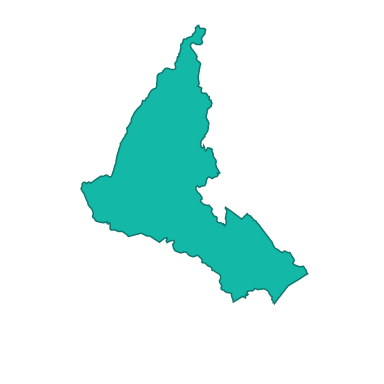 outline of Tonayán, Veracruz, Mexico, rotated 328°
{"feature_id": "50627088B6451508023374", "entity_name": "Tonayán", "entity_type": "district", "adm_level": 2, "iso_a3": "MEX", "parent_name": "Mexico", "parent_adm1": "Veracruz", "projection": "natural_earth1", "projection_center": [-96.914, 19.72], "detail": "fine", "context": "isolated", "style": "filled", "palette": "teal", "viewbox_px": 384, "rotation_deg": 328, "n_neighbors": 0, "source": "geoboundaries", "source_scale": "gbopen_adm2", "svg_char_len": 6032}
<svg xmlns="http://www.w3.org/2000/svg" viewBox="0 0 384 384"><g transform="rotate(328 192 192)"><path d="M203.0,330.2L207.6,328.4L223.8,322.5L236.7,322.7L245.2,322.5L246.8,322.7L246.5,320.8L247.1,319.9L247.3,317.7L247.0,316.0L247.2,314.2L246.4,313.7L245.6,313.4L243.6,312.4L240.6,308.6L240.1,307.5L239.8,305.9L240.1,305.4L241.4,305.0L242.5,304.1L242.8,302.8L242.8,300.2L242.7,298.3L242.9,295.2L241.2,294.1L240.4,293.0L239.7,291.5L238.5,290.9L237.5,291.1L236.3,291.2L234.8,288.2L234.5,286.8L233.2,284.7L232.5,283.1L232.8,279.0L233.3,277.6L231.6,258.5L231.4,255.4L230.7,252.0L231.0,250.9L230.4,249.9L230.0,248.8L229.3,248.2L229.4,246.7L229.3,245.4L229.0,244.9L229.0,243.7L228.4,242.6L227.3,241.5L227.5,240.4L227.4,239.6L219.8,241.4L214.5,227.8L212.3,222.8L211.5,223.8L211.7,224.9L211.6,226.1L211.3,227.1L209.9,228.2L208.7,229.4L208.2,230.5L207.2,231.1L206.2,232.3L206.1,233.4L205.6,234.9L204.6,236.4L203.8,237.1L203.0,237.5L201.5,237.9L201.5,236.9L201.9,236.3L201.7,235.5L200.8,235.5L200.7,234.3L200.0,233.2L198.7,232.6L197.8,231.4L197.7,229.9L198.3,228.8L199.4,227.5L199.7,226.4L199.3,225.6L198.1,224.4L197.9,222.3L197.9,220.0L198.0,218.8L200.1,217.2L200.1,215.9L199.6,214.6L199.5,213.5L199.5,212.2L198.1,211.7L196.8,210.4L195.7,209.1L194.7,207.1L194.5,204.1L195.3,203.2L196.6,203.4L197.4,202.3L197.6,200.4L197.5,198.5L196.6,194.3L196.7,191.9L197.0,191.0L198.8,189.6L199.9,189.5L200.3,191.3L201.3,192.1L202.5,191.8L205.9,193.3L207.1,192.9L208.5,191.9L209.9,190.5L210.9,189.1L212.0,188.8L212.9,188.1L214.7,188.4L215.9,191.0L216.8,191.4L218.1,191.2L219.7,191.3L221.6,192.1L223.3,191.2L223.5,189.5L224.6,190.5L225.6,190.7L225.9,183.9L226.9,180.5L228.1,179.8L229.1,177.8L229.0,175.3L228.9,173.7L229.2,172.0L229.9,171.4L230.4,169.7L230.6,167.4L231.6,166.8L231.4,165.7L230.7,164.6L230.1,164.9L229.8,163.8L228.8,162.9L225.3,164.5L225.6,161.1L226.1,161.0L226.3,158.9L225.2,160.4L223.9,159.9L223.4,159.2L224.1,157.8L224.3,156.6L224.7,155.7L225.6,155.3L225.7,154.3L227.9,153.0L229.4,152.8L230.3,152.0L232.1,152.1L232.4,151.3L232.9,150.7L234.4,150.1L237.8,148.5L239.6,146.4L240.7,144.7L242.6,142.9L243.1,141.0L243.2,138.4L243.4,136.8L245.0,134.1L246.3,133.4L247.6,131.4L249.8,129.8L251.8,129.9L253.8,129.4L254.7,128.3L256.1,127.1L255.7,126.0L256.3,125.5L256.6,124.9L256.7,124.2L255.9,123.2L255.4,122.4L255.4,122.0L256.2,121.8L257.0,120.9L257.1,120.4L257.1,119.9L256.6,119.6L256.3,119.2L256.2,118.6L256.2,117.9L256.4,117.2L256.5,116.5L256.4,116.0L255.7,115.3L254.7,114.9L254.0,114.5L253.7,113.8L253.1,113.4L252.8,112.5L253.3,110.9L255.3,109.1L253.1,105.1L255.3,104.2L257.9,98.0L260.6,94.9L265.6,89.3L267.1,88.1L267.3,86.0L266.6,84.6L266.1,83.0L266.3,81.6L267.0,80.6L268.0,80.0L268.2,77.3L267.9,73.0L267.6,70.9L267.6,69.2L268.1,67.3L268.9,66.2L270.2,65.8L271.4,65.7L272.7,66.2L273.1,67.9L274.2,69.5L275.8,70.3L276.8,71.3L278.6,71.4L280.1,70.9L280.8,68.2L281.7,66.4L286.9,64.6L287.4,63.6L288.7,62.5L289.6,61.5L289.3,60.1L287.4,58.7L285.5,57.5L285.4,56.2L286.0,54.3L284.8,53.8L283.3,54.5L282.1,54.4L280.8,56.8L279.5,57.8L277.7,58.5L276.0,58.6L275.0,60.0L273.6,59.9L270.8,59.0L269.4,58.8L268.2,59.4L267.1,58.8L266.4,58.0L265.3,58.3L264.5,59.3L263.7,59.7L262.8,60.9L261.2,60.7L259.8,62.1L259.0,64.1L257.9,64.9L256.6,66.3L255.3,67.7L253.9,67.8L253.1,69.8L251.5,69.7L251.3,70.4L250.4,70.5L249.5,72.1L247.6,73.1L245.8,73.8L244.9,75.5L244.5,77.4L242.8,78.8L241.1,78.4L239.4,77.2L237.7,75.0L236.6,73.9L234.7,73.1L233.1,73.7L231.6,73.9L230.1,75.0L226.5,74.1L224.7,74.7L223.5,75.9L221.2,79.6L219.8,80.9L218.2,83.6L216.3,84.9L214.0,84.2L211.5,84.3L208.4,85.7L206.5,86.8L204.7,88.4L202.8,88.2L200.8,89.7L198.5,88.3L197.5,89.4L195.3,91.3L191.9,92.2L190.3,92.4L185.4,94.2L183.7,95.2L181.9,96.4L179.9,97.4L178.2,99.4L177.4,100.5L176.1,100.8L175.0,101.8L173.6,102.2L172.1,102.9L170.6,103.2L169.2,106.2L168.1,107.6L165.8,108.1L164.8,109.5L162.3,110.2L159.9,111.6L156.7,113.1L156.1,114.4L152.4,117.2L151.7,118.2L149.5,119.9L147.5,121.7L145.0,124.4L142.5,127.5L140.4,128.8L138.9,130.5L132.0,136.2L130.7,135.9L129.6,134.9L129.2,133.2L128.5,132.4L127.5,131.9L126.2,131.9L125.2,131.8L123.0,130.3L117.8,130.4L110.5,130.9L110.5,129.9L110.2,129.3L109.6,128.7L108.2,128.8L107.2,129.1L106.8,128.8L106.7,128.0L106.4,127.1L105.3,126.4L104.1,126.5L103.1,127.0L102.4,127.9L102.1,128.8L101.7,129.3L99.9,130.0L99.5,131.2L99.4,134.2L99.6,136.8L99.1,138.0L98.9,140.4L98.5,141.7L98.3,142.8L98.3,144.8L98.0,145.8L97.5,146.9L97.2,148.1L97.3,149.7L97.9,153.0L97.9,154.3L97.3,157.1L96.3,158.7L94.8,159.9L94.4,161.1L95.2,162.2L95.0,163.5L95.1,164.9L95.4,166.1L99.4,170.2L100.6,171.1L101.8,171.7L103.3,171.9L104.3,172.1L103.3,173.8L104.1,174.8L105.7,174.4L106.0,175.1L102.9,180.0L103.1,181.1L106.9,183.7L108.3,186.2L112.0,188.5L114.3,194.1L114.4,196.0L127.1,200.0L130.5,205.5L132.8,206.8L137.8,217.4L142.3,216.8L144.8,216.8L146.7,218.1L144.2,219.8L144.0,221.7L146.6,221.8L150.1,222.9L150.7,223.3L150.9,224.1L150.3,225.4L148.0,226.1L146.6,229.8L146.4,231.3L146.6,233.0L148.6,235.8L150.3,237.8L152.5,238.4L154.6,239.3L155.5,240.9L155.6,242.8L156.3,244.6L158.2,247.2L160.3,248.1L162.3,248.2L163.5,249.1L164.6,253.9L164.3,255.6L163.1,256.7L163.4,257.7L165.3,258.9L165.7,260.1L166.1,262.3L166.9,263.8L168.4,266.0L168.6,266.9L168.3,267.5L167.6,268.4L167.7,269.2L168.4,269.8L169.1,270.8L170.0,273.1L171.5,275.7L171.8,277.1L171.6,278.6L170.9,279.9L169.9,280.9L168.1,281.9L167.8,283.0L167.5,284.6L167.6,285.6L167.5,287.4L167.3,287.9L166.3,288.1L165.6,288.9L165.3,289.9L165.8,291.0L167.1,292.6L167.3,294.1L168.0,295.1L168.5,295.9L170.4,297.3L171.6,298.8L171.6,299.5L170.8,300.2L170.6,301.2L170.0,302.6L169.9,304.3L169.2,306.2L168.7,307.2L179.3,307.4L180.2,307.9L180.2,308.6L181.2,310.1L183.3,307.5L184.0,308.8L185.2,308.7L185.6,305.8L186.7,305.8L190.2,307.1L190.5,307.8L192.5,307.8L194.1,307.0L196.3,309.9L197.3,310.0L199.3,311.3L200.5,311.4L201.8,312.3L203.5,314.7L203.4,315.0L203.8,315.8L204.1,316.5L204.0,318.3L203.6,319.2L203.9,320.4L203.8,322.0L204.5,323.6L203.7,324.2L202.7,325.3L203.0,328.1L202.2,328.9L203.3,329.6L203.0,330.2Z" fill="#14b8a6" stroke="#0f766e" stroke-width="1.5"/></g></svg>